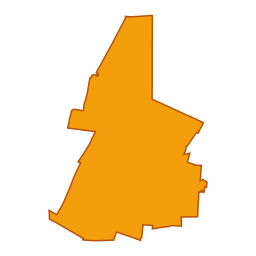 outline of Insuratei, Braila, Romania
{"feature_id": "2599482B22032457967395", "entity_name": "Insuratei", "entity_type": "district", "adm_level": 2, "iso_a3": "ROU", "parent_name": "Romania", "parent_adm1": "Braila", "projection": "orthographic", "projection_center": [27.625, 44.95], "detail": "fine", "context": "isolated", "style": "filled", "palette": "amber", "viewbox_px": 256, "rotation_deg": 0, "n_neighbors": 0, "source": "geoboundaries", "source_scale": "gbopen_adm2", "svg_char_len": 5084}
<svg xmlns="http://www.w3.org/2000/svg" viewBox="0 0 256 256"><path d="M161.8,227.4L162.8,227.2L163.7,227.1L163.9,227.0L164.2,227.0L164.4,226.9L164.6,226.9L164.9,226.9L165.3,226.8L165.5,226.8L165.6,226.7L166.1,226.8L166.4,226.8L166.6,226.8L166.8,226.7L167.2,226.7L167.6,226.7L167.8,226.7L168.1,226.6L168.3,226.5L168.5,226.5L168.7,226.4L168.9,226.3L169.0,226.2L169.6,226.0L170.0,226.0L170.6,225.8L171.1,225.8L171.4,225.7L171.7,225.7L172.0,225.7L172.4,225.6L172.9,225.6L173.1,225.6L173.4,225.7L173.7,225.7L174.3,225.8L174.8,225.8L175.0,225.8L175.4,225.8L176.7,225.9L177.2,225.9L177.3,225.9L177.5,225.9L177.9,226.0L178.1,226.0L178.4,226.0L179.5,226.0L180.2,226.1L180.8,226.1L181.4,226.2L181.4,221.9L181.2,217.0L182.2,217.0L183.8,217.1L184.7,216.9L186.1,217.0L191.5,216.9L197.6,216.8L197.7,213.4L197.8,212.7L197.9,210.0L198.0,207.4L198.2,204.3L198.2,204.2L198.4,201.3L198.6,198.3L198.6,197.8L198.7,196.4L198.7,195.7L198.9,192.0L199.7,192.2L200.2,191.9L201.1,191.1L201.0,191.5L201.2,192.1L201.6,192.1L202.1,191.3L202.6,191.2L202.8,191.9L203.2,191.9L203.4,191.0L204.0,190.8L203.9,191.7L203.7,192.4L203.8,192.4L204.1,191.8L204.2,191.5L204.2,191.2L204.3,190.9L204.4,190.6L204.4,190.3L204.5,190.1L204.5,189.9L204.6,189.4L204.6,188.9L204.6,188.7L204.6,188.4L204.6,188.1L204.6,187.8L204.6,187.5L204.6,187.3L204.6,187.0L204.9,187.0L205.3,187.1L205.7,187.1L206.1,187.2L206.6,187.3L206.6,186.2L206.7,184.8L206.8,184.4L206.9,182.0L206.8,181.9L206.0,181.5L205.6,181.1L205.0,180.7L204.5,180.5L204.3,180.3L204.0,180.1L203.4,179.8L203.2,179.6L202.7,179.6L202.1,179.9L201.3,180.4L200.6,180.8L200.1,181.0L200.2,180.7L200.4,177.7L200.6,176.3L200.6,176.1L200.6,175.4L200.7,174.7L200.8,172.8L200.8,172.7L200.9,171.8L201.0,170.6L201.0,169.4L201.0,169.2L201.3,165.5L201.3,165.4L194.4,165.2L194.6,164.7L194.4,164.6L192.7,164.0L191.1,163.5L189.1,162.7L187.4,162.1L188.5,158.1L189.7,153.7L189.8,153.2L188.9,153.3L188.0,153.6L187.9,153.6L187.4,153.8L186.9,154.1L186.5,154.2L186.4,154.2L186.2,154.2L185.8,154.1L185.5,154.0L185.1,154.0L184.8,154.1L184.5,154.2L184.1,154.3L183.9,154.4L185.4,150.9L186.0,148.8L186.0,148.5L185.9,146.5L186.3,146.3L186.7,146.2L187.0,146.2L187.3,146.0L190.7,140.9L191.9,139.2L194.2,135.8L196.1,133.1L196.3,132.7L196.6,132.4L197.3,132.7L197.8,132.9L198.1,133.1L198.4,132.4L199.3,130.8L199.9,129.6L202.5,124.6L203.5,122.7L200.9,121.5L192.0,117.4L184.1,113.9L181.0,112.4L168.3,106.6L165.8,105.5L152.1,99.2L152.1,98.8L152.1,94.2L152.1,89.8L152.2,83.4L152.2,77.6L152.2,71.6L152.2,59.9L152.2,56.9L152.2,50.9L152.2,45.0L152.2,42.2L152.3,38.1L152.3,36.2L152.3,34.1L152.3,32.9L152.3,29.7L152.3,28.1L152.3,19.4L152.3,15.8L152.3,15.4L152.2,15.4L150.7,15.5L149.7,15.6L149.6,15.8L149.4,15.8L149.2,15.7L148.3,15.7L147.1,15.8L145.7,15.9L143.3,16.1L141.7,16.2L140.5,16.3L138.7,16.4L138.4,16.5L137.6,16.5L137.2,16.5L136.0,16.5L133.9,16.6L132.1,16.8L131.0,16.8L130.8,16.8L130.4,16.8L128.0,16.6L126.9,16.5L125.4,16.4L125.4,17.6L125.7,17.8L124.3,20.5L118.7,31.1L115.8,36.6L113.1,41.9L111.8,44.5L111.7,44.5L110.4,47.0L107.5,52.1L104.8,57.2L101.9,62.4L100.5,64.9L99.0,67.7L97.8,69.7L96.3,72.5L98.4,73.6L98.3,73.8L96.5,74.7L98.0,75.4L97.6,76.2L96.9,75.9L95.8,75.5L95.4,75.0L94.5,74.6L94.0,74.6L93.5,74.7L93.4,74.7L92.6,75.0L92.4,75.2L92.2,75.4L91.9,75.5L91.6,76.0L91.1,77.1L91.1,77.5L90.8,77.9L90.2,78.0L89.9,78.0L88.6,85.6L87.5,91.9L87.0,94.8L86.9,94.9L86.8,95.3L86.7,95.7L86.6,96.0L86.1,97.7L86.0,97.9L85.3,100.6L84.6,102.8L84.0,104.7L84.0,105.0L83.9,105.2L83.9,106.2L83.6,108.4L83.6,108.6L83.4,110.5L82.5,110.7L82.2,110.9L81.8,110.8L81.0,110.3L79.7,110.1L79.4,110.0L77.9,109.9L77.1,109.7L75.8,109.5L74.9,109.4L74.4,109.3L74.2,109.3L73.9,109.3L73.3,109.6L72.6,109.9L72.3,110.0L72.0,110.3L71.9,110.4L71.7,110.5L71.6,110.8L71.1,112.6L71.1,112.8L70.6,114.6L70.1,117.1L69.8,118.1L69.8,118.3L69.2,120.4L68.9,122.1L68.2,125.6L68.1,125.8L67.7,127.6L67.7,127.8L67.7,128.0L77.7,129.3L77.9,129.3L83.9,130.1L84.0,130.1L85.9,130.4L90.6,131.0L91.1,131.1L94.1,131.5L94.3,131.5L95.3,131.6L95.2,132.0L93.8,134.8L92.8,137.0L92.7,137.1L92.5,137.5L92.4,137.8L91.7,139.3L91.4,140.0L89.9,143.1L89.1,144.8L88.6,145.7L87.3,147.7L86.8,148.7L86.2,149.6L85.7,150.4L84.5,152.2L83.4,154.1L82.8,155.0L82.1,155.9L81.3,157.0L80.5,158.2L79.7,159.3L79.4,159.9L78.4,161.5L78.1,161.9L78.4,162.0L80.6,162.8L79.4,165.3L79.3,165.5L76.5,171.4L76.4,171.6L73.7,177.6L69.1,189.5L66.9,194.6L64.6,200.0L63.5,202.5L62.2,205.3L60.7,207.9L56.6,214.5L54.7,213.5L50.2,211.0L49.1,210.4L49.2,212.4L49.4,218.4L49.5,219.1L51.4,220.1L55.1,222.1L56.1,222.6L60.3,225.0L63.3,226.8L74.0,233.0L76.2,234.3L79.8,236.4L83.4,238.5L82.6,239.8L82.8,239.9L86.3,240.2L92.2,240.6L93.0,240.6L94.1,240.6L95.7,240.6L96.2,240.6L96.9,240.6L98.8,240.6L99.1,240.6L104.3,240.4L105.2,240.4L109.5,240.3L113.4,240.1L113.7,240.2L113.8,239.4L114.5,237.6L115.4,235.0L115.9,233.6L116.6,232.0L128.4,236.1L132.3,237.4L134.9,238.4L140.5,240.4L140.6,238.1L140.7,237.8L140.8,237.7L141.7,237.6L142.3,231.7L142.6,228.6L143.0,224.8L146.1,225.0L152.8,225.5L152.3,228.9L154.3,228.6L156.0,228.3L156.8,228.2L158.4,227.9L159.9,227.7L161.8,227.4Z" fill="#f59e0b" stroke="#b45309" stroke-width="1.5"/></svg>